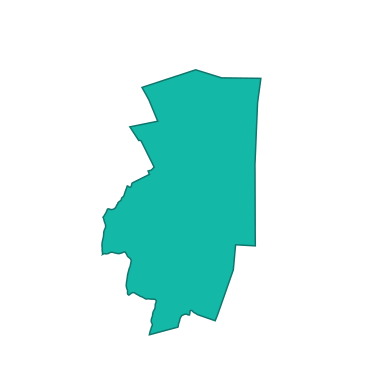 Abu-l-Matamir, Al Buhayrah, Egypt, rotated 228°
{"feature_id": "37247803B42865985960585", "entity_name": "Abu-l-Matamir", "entity_type": "district", "adm_level": 2, "iso_a3": "EGY", "parent_name": "Egypt", "parent_adm1": "Al Buhayrah", "projection": "mercator", "projection_center": [30.09, 30.782], "detail": "fine", "context": "isolated", "style": "filled", "palette": "teal", "viewbox_px": 384, "rotation_deg": 228, "n_neighbors": 0, "source": "geoboundaries", "source_scale": "gbopen_adm2", "svg_char_len": 4559}
<svg xmlns="http://www.w3.org/2000/svg" viewBox="0 0 384 384"><g transform="rotate(228 192 192)"><path d="M205.5,83.9L205.3,84.6L204.9,85.6L204.6,85.8L203.7,86.5L202.4,88.3L202.1,89.4L202.0,89.8L202.0,90.3L201.4,91.6L200.4,92.6L200.2,92.7L199.4,93.2L196.9,94.9L195.5,96.0L194.9,96.6L194.8,96.8L194.8,97.0L194.2,98.0L194.0,98.4L193.8,98.8L193.5,99.6L193.2,100.7L192.9,101.4L191.8,102.2L189.1,101.6L188.1,101.3L187.9,101.2L187.2,101.1L185.9,101.2L185.0,101.4L183.4,101.5L183.1,101.4L182.8,101.3L182.6,101.2L182.4,101.2L182.1,101.1L181.6,100.9L181.3,100.6L181.1,100.3L180.7,99.7L180.5,99.4L180.3,99.1L180.0,98.8L179.9,98.6L179.7,98.3L179.4,97.9L178.2,96.4L177.6,95.3L177.4,94.5L177.1,94.1L176.9,93.7L176.3,92.9L175.5,91.6L174.9,90.7L174.4,89.9L173.3,88.4L173.2,88.3L173.0,88.0L172.4,87.4L171.9,86.8L171.4,86.2L171.0,85.7L170.2,84.8L169.9,84.5L169.5,83.8L169.2,83.4L168.4,82.6L168.1,82.3L168.0,82.1L166.5,80.5L165.0,79.5L164.3,79.2L162.9,78.6L162.6,78.5L162.1,78.2L161.4,77.8L160.7,77.0L160.1,76.5L159.8,76.2L159.6,76.1L158.9,75.8L158.3,76.0L157.6,76.1L157.6,76.5L157.5,77.5L157.5,78.3L157.4,78.6L157.4,79.3L157.2,79.8L157.1,80.2L156.9,80.6L156.0,81.6L155.6,81.9L155.4,81.9L154.3,82.1L153.2,82.4L153.1,82.5L151.8,82.9L151.1,83.2L150.7,83.3L149.9,83.6L149.7,83.6L148.8,83.9L147.9,84.5L147.7,84.6L146.0,85.2L145.9,85.3L144.6,85.6L144.3,85.8L143.4,86.1L143.2,86.2L142.9,86.7L142.6,87.0L141.8,88.3L141.1,88.7L140.4,89.3L140.0,89.7L139.7,89.9L138.9,90.8L138.7,91.0L138.0,91.8L137.8,92.1L137.5,92.2L137.0,92.6L136.8,92.7L136.3,92.8L135.9,92.8L135.4,92.8L135.2,92.7L134.8,92.2L134.4,92.1L133.8,90.9L133.6,90.4L133.3,89.8L132.7,89.1L131.9,88.4L131.1,87.5L130.5,86.8L130.1,86.0L129.8,85.2L129.5,84.6L129.4,84.1L129.1,83.3L128.9,82.9L127.9,81.4L127.5,81.0L127.4,80.8L126.6,80.0L126.0,79.1L125.3,77.7L124.3,76.2L124.0,75.9L123.4,75.3L121.9,74.5L120.2,74.1L119.8,73.6L119.4,73.1L118.8,71.7L117.3,69.3L116.7,68.0L115.8,66.8L115.1,65.6L114.6,65.1L114.4,64.8L111.9,69.7L110.9,71.7L108.4,76.6L104.8,83.7L101.5,90.1L101.0,91.1L101.4,91.8L103.1,93.9L103.3,94.3L104.0,95.5L104.4,96.3L104.7,96.8L105.2,97.3L105.5,97.7L105.7,98.1L106.1,98.7L106.3,99.2L106.7,100.5L107.0,102.0L106.7,102.7L106.6,103.1L105.9,105.1L105.6,105.3L105.2,105.8L104.7,106.3L103.2,106.9L103.0,107.2L102.7,107.4L102.3,107.8L102.5,108.1L102.7,108.4L103.5,109.6L103.8,109.8L104.4,110.3L104.6,110.7L104.7,110.9L105.0,111.4L104.9,111.6L104.8,112.0L104.4,112.2L103.9,112.6L101.7,112.7L101.3,112.7L100.7,113.0L100.4,113.1L100.2,113.2L99.2,113.5L98.3,113.8L98.1,113.8L97.9,113.9L97.1,114.1L94.4,115.6L94.2,115.7L80.8,123.1L83.4,128.3L84.0,129.5L106.5,170.6L121.6,186.9L123.5,189.0L123.4,189.2L123.3,189.3L123.0,189.7L109.6,203.0L123.6,215.4L124.1,215.9L132.5,223.4L143.0,232.8L153.4,242.1L165.0,252.5L170.1,257.0L185.0,271.6L192.6,279.0L214.6,300.6L230.1,318.9L230.4,319.2L257.1,290.3L280.2,276.6L280.4,276.4L303.2,224.8L294.2,222.8L288.9,221.5L267.5,213.9L269.0,211.4L270.3,209.2L282.0,189.4L265.9,186.9L265.7,187.3L265.6,187.5L264.2,188.4L254.7,185.8L250.2,184.5L240.6,181.9L235.8,180.5L235.5,176.5L237.0,173.4L233.6,172.1L238.7,153.7L238.3,152.6L237.5,151.5L236.8,150.4L236.7,150.2L236.8,149.3L238.0,148.6L238.3,148.5L238.6,148.5L239.6,148.2L239.8,147.7L239.0,146.6L238.2,145.0L238.2,144.9L237.4,143.5L237.3,143.3L236.8,142.3L236.2,141.4L236.1,141.1L235.2,139.6L235.0,139.2L234.5,138.3L234.6,137.8L234.6,137.0L234.7,136.5L234.4,135.4L234.3,135.2L233.5,134.0L233.3,133.3L233.4,132.5L233.5,132.3L233.5,132.0L233.6,131.6L233.6,130.7L233.5,129.6L233.0,129.0L232.7,128.0L232.6,127.1L232.2,126.4L231.7,125.4L231.5,124.2L231.5,123.6L231.6,123.0L231.8,122.0L232.3,121.2L233.1,120.0L234.1,119.5L234.5,119.2L235.1,118.9L235.3,118.7L235.7,118.2L235.8,117.7L235.6,117.4L235.5,117.0L235.4,116.8L234.9,115.9L234.4,114.7L234.0,113.8L233.7,112.7L233.5,112.0L233.5,111.8L233.1,110.9L233.0,110.2L232.9,109.6L232.8,109.0L232.5,109.0L231.8,108.7L231.1,108.4L230.4,108.0L228.1,106.8L227.9,106.8L227.4,106.6L227.2,106.5L226.9,106.4L226.4,106.2L225.7,105.9L225.0,105.4L224.4,104.9L224.0,104.5L223.9,104.4L223.6,104.1L223.5,103.9L223.4,103.8L223.1,103.0L222.7,102.2L222.4,101.5L221.9,100.6L221.6,100.1L220.7,99.0L219.8,98.2L219.4,97.9L218.9,97.1L218.7,97.0L218.2,96.5L216.3,93.8L215.6,92.8L214.9,91.8L214.7,91.6L214.0,90.8L213.7,90.5L213.3,90.0L213.1,89.9L212.2,89.0L211.6,88.6L210.9,88.1L210.7,88.0L210.6,87.9L210.3,87.6L209.8,87.3L209.4,86.7L209.1,86.5L208.6,86.1L208.2,85.8L207.9,85.5L207.7,85.4L207.2,85.3L207.0,85.2L206.6,84.6L206.3,84.4L206.0,84.3L205.7,84.4L205.5,83.9Z" fill="#14b8a6" stroke="#0f766e" stroke-width="1.5"/></g></svg>